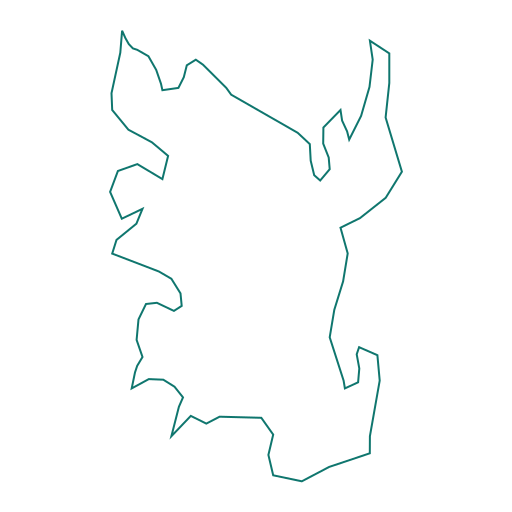 outline of Kaskazini-Pemba
{"feature_id": "TZA-3380", "entity_name": "Kaskazini-Pemba", "entity_type": "Region", "adm_level": 1, "iso_a3": "TZA", "parent_name": "United Republic of Tanzania", "parent_adm1": "", "projection": "mercator", "projection_center": [39.766, -5.046], "detail": "fine", "context": "isolated", "style": "outline", "palette": "teal", "viewbox_px": 512, "rotation_deg": 0, "n_neighbors": 0, "source": "natural_earth", "source_scale": "10m", "svg_char_len": 1280}
<svg xmlns="http://www.w3.org/2000/svg" viewBox="0 0 512 512"><path d="M206.3,423.6L190.8,415.9L171.4,436.2L178.9,406.8L183.0,397.4L174.5,386.7L163.3,379.7L148.8,379.1L131.7,388.4L135.0,372.4L137.2,365.8L142.5,357.0L136.6,339.9L138.5,319.4L146.0,304.0L156.9,302.8L173.9,310.9L181.7,305.9L180.5,293.4L171.4,278.8L158.9,271.5L112.2,253.6L116.5,239.9L136.4,223.7L142.5,208.8L121.8,218.7L110.1,191.9L117.9,171.0L137.3,164.1L162.4,179.1L168.1,155.9L151.9,142.3L128.4,129.7L112.2,110.0L111.5,93.2L120.3,52.7L122.1,30.7L125.4,38.1L128.8,44.1L132.9,48.4L137.2,49.8L148.4,56.2L156.2,69.9L161.0,83.8L162.4,90.2L178.4,87.9L183.8,77.2L186.8,65.3L195.8,59.7L203.0,64.7L226.3,87.9L231.2,94.7L297.7,132.8L309.8,144.1L310.7,160.7L314.2,175.2L320.2,180.5L329.7,169.2L328.7,157.5L323.2,143.6L323.4,127.5L340.5,110.0L342.1,120.6L347.1,131.4L349.2,139.6L361.1,115.9L369.5,86.9L372.7,59.6L369.9,40.7L389.3,53.4L389.3,83.0L385.6,117.5L401.9,171.7L385.7,197.8L360.0,218.1L340.5,227.7L347.7,253.4L343.1,281.4L334.3,309.8L329.7,337.3L343.6,380.6L344.9,388.4L358.1,382.3L359.3,368.5L356.7,354.3L359.1,347.2L377.4,355.2L379.7,380.6L369.9,436.2L369.8,453.3L329.2,466.9L301.8,481.3L273.2,475.3L268.4,454.9L273.2,434.6L261.3,417.8L219.6,416.7L206.3,423.6Z" fill="none" stroke="#0f766e" stroke-width="2"/></svg>